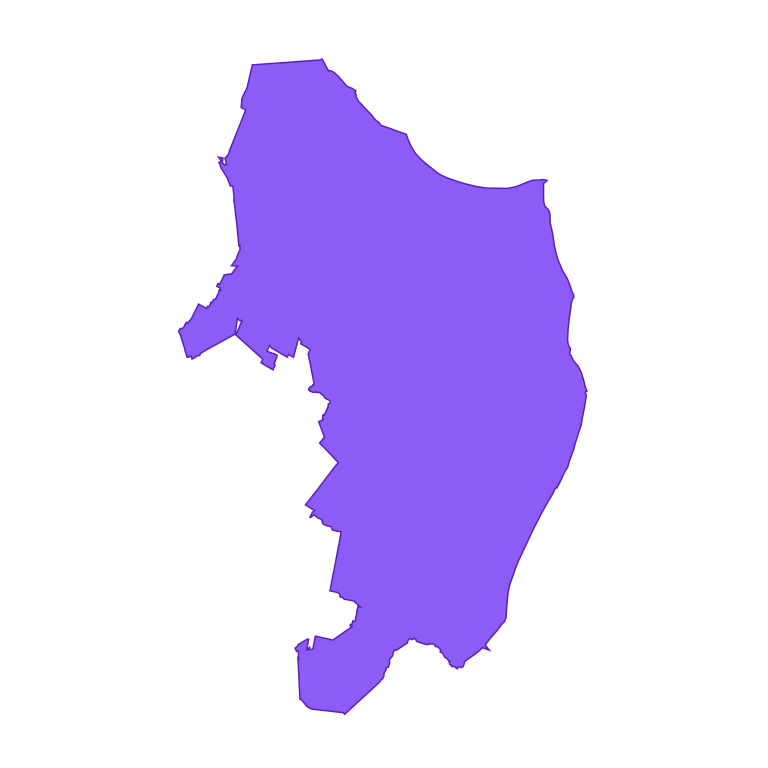 Ahome, Sinaloa, Mexico, rotated 177°
{"feature_id": "50627088B63495042821208", "entity_name": "Ahome", "entity_type": "district", "adm_level": 2, "iso_a3": "MEX", "parent_name": "Mexico", "parent_adm1": "Sinaloa", "projection": "robinson", "projection_center": [-109.057, 25.923], "detail": "fine", "context": "isolated", "style": "filled", "palette": "violet", "viewbox_px": 768, "rotation_deg": 177, "n_neighbors": 0, "source": "geoboundaries", "source_scale": "gbopen_adm2", "svg_char_len": 6103}
<svg xmlns="http://www.w3.org/2000/svg" viewBox="0 0 768 768"><g transform="rotate(177 384 384)"><path d="M473.6,63.2L441.9,57.9L440.6,56.2L440.5,56.3L403.2,87.2L402.5,88.7L400.7,89.7L399.8,91.3L399.4,92.5L399.4,93.9L398.5,96.4L397.1,98.0L396.8,99.2L396.6,100.5L395.7,101.0L394.7,100.9L394.2,101.4L392.9,105.2L393.1,108.8L392.3,109.3L389.5,112.3L389.3,112.7L389.1,114.6L387.6,118.0L386.8,117.9L386.8,117.6L385.6,117.5L374.1,124.2L373.7,126.1L373.3,127.1L372.5,127.4L370.8,128.4L369.6,127.6L369.5,127.3L367.5,128.1L366.2,127.8L365.3,126.9L365.2,125.5L364.9,125.2L356.6,122.0L353.8,121.4L353.1,121.6L352.3,122.7L351.0,121.8L348.5,121.9L347.6,121.6L347.3,120.8L346.8,120.4L346.4,119.2L343.9,118.6L342.3,116.8L341.6,115.6L341.5,114.9L341.9,113.4L340.7,113.1L339.9,112.4L338.9,110.8L337.6,107.8L336.7,107.6L335.8,107.0L334.0,104.2L332.7,103.9L332.8,103.5L333.2,103.3L333.5,103.4L333.6,103.8L333.4,102.0L332.9,101.2L332.9,100.6L332.4,100.4L331.7,99.6L331.1,98.3L330.4,98.5L327.9,97.8L327.0,96.6L325.5,95.9L325.1,97.4L324.7,97.7L324.4,97.8L323.8,97.5L322.6,97.3L321.2,96.8L320.4,97.1L319.8,97.7L319.1,99.0L317.9,102.7L307.1,109.6L302.3,113.0L299.6,115.4L299.1,115.4L292.8,112.7L296.6,118.0L291.4,124.3L283.4,132.5L279.0,138.0L276.1,140.4L274.4,144.1L272.6,159.3L270.9,169.9L269.0,176.7L262.4,193.0L258.2,201.8L242.4,231.3L233.6,246.5L226.2,258.2L220.9,266.1L219.1,269.7L217.6,271.4L216.8,271.2L211.6,280.0L209.7,284.0L207.5,287.8L204.8,291.6L203.1,296.8L197.8,309.3L196.1,314.8L191.9,326.1L189.4,332.0L187.7,339.9L185.4,348.8L182.7,360.9L182.7,362.7L183.5,364.5L183.2,365.8L182.1,365.9L181.6,366.5L182.5,368.5L183.7,372.9L183.8,374.4L186.0,384.0L187.8,388.6L189.3,391.7L194.0,398.2L194.6,400.0L195.2,401.0L195.6,402.6L197.2,404.2L196.3,407.5L196.0,409.6L197.5,412.7L198.1,414.9L198.4,417.8L197.4,428.5L195.5,440.3L193.7,448.7L192.9,454.6L191.2,459.2L190.0,460.5L189.8,462.0L190.2,463.8L190.6,464.3L191.9,467.7L192.2,469.6L194.4,476.8L195.8,480.4L198.8,485.9L200.5,489.8L203.9,499.4L205.6,506.9L206.5,512.2L207.7,525.1L209.6,536.5L209.4,544.0L209.7,546.9L210.0,548.0L211.1,549.9L212.8,551.9L213.9,552.6L215.0,557.7L214.6,568.2L214.1,576.0L212.1,577.5L211.7,577.5L211.1,578.0L210.5,578.8L211.5,578.9L212.7,579.7L213.9,579.8L215.9,579.8L219.1,579.5L223.3,579.8L225.2,579.6L229.3,578.5L238.7,575.1L244.0,573.7L248.7,573.1L251.1,572.9L270.3,574.2L273.5,574.7L281.8,576.5L292.9,579.8L296.9,581.2L308.2,585.7L311.9,587.4L315.4,589.3L317.8,590.8L321.8,594.0L331.7,602.8L335.7,606.9L340.0,612.1L341.7,614.7L343.6,618.3L345.7,622.8L347.5,627.8L348.6,632.1L374.3,642.9L374.7,644.3L375.3,645.2L378.5,648.0L380.0,649.8L380.6,650.9L381.2,651.5L382.7,653.7L389.2,661.1L394.8,668.0L396.9,672.4L397.0,672.9L396.7,673.2L396.9,673.4L396.8,674.8L397.1,674.9L397.5,676.4L397.5,677.4L397.1,677.6L396.8,678.2L397.2,678.8L397.7,678.7L400.2,680.8L402.7,682.0L403.6,682.2L406.3,684.2L408.1,686.9L411.1,690.5L412.7,692.8L416.7,696.9L418.4,698.3L420.2,699.3L421.7,699.8L422.4,700.0L422.8,699.9L422.9,699.6L424.0,701.5L428.7,711.8L431.3,710.9L498.8,709.6L505.1,687.3L510.9,676.7L512.2,667.7L507.8,664.8L525.6,626.1L525.8,626.0L526.5,623.5L527.6,621.2L528.4,620.3L531.0,617.9L529.8,611.3L531.1,611.0L533.5,612.8L533.7,613.2L533.8,613.9L532.9,618.0L535.1,618.8L536.5,618.7L537.3,619.1L534.7,615.0L537.3,613.7L536.6,612.4L535.2,607.8L529.7,598.0L527.2,589.8L524.6,589.6L523.9,577.9L524.4,575.5L523.6,568.6L523.3,560.7L522.9,555.9L521.6,529.4L520.5,529.7L520.8,528.4L520.7,525.8L524.3,518.7L524.4,517.7L524.7,517.0L530.1,510.1L523.9,509.3L526.7,506.7L529.8,502.7L530.7,501.9L536.8,501.5L538.2,501.1L538.0,500.4L538.4,500.1L542.9,492.1L544.4,493.1L545.9,490.4L542.6,488.4L542.7,487.8L543.1,487.0L543.7,486.7L542.7,486.7L542.4,486.2L544.0,485.9L544.1,484.4L544.3,483.8L546.6,480.0L547.2,478.4L547.9,477.7L549.1,477.5L550.0,476.9L552.3,473.7L552.9,474.2L552.9,473.5L553.5,472.2L553.9,472.0L555.1,470.2L556.1,470.9L557.2,468.7L565.0,473.5L573.7,457.9L574.8,457.7L576.4,455.1L578.0,456.1L579.2,453.9L579.5,454.0L581.5,450.3L584.0,450.1L584.6,449.3L585.1,449.4L586.4,447.3L584.6,443.3L583.9,440.1L581.4,430.6L580.8,427.1L579.3,421.4L579.0,421.5L578.9,420.9L575.0,421.8L574.4,419.0L570.9,420.6L570.3,421.3L568.9,421.9L566.6,422.2L566.4,422.4L565.6,424.3L565.5,424.2L557.9,428.2L530.1,441.6L527.0,457.1L524.7,454.8L524.4,454.7L524.1,455.1L523.5,454.8L523.1,455.0L522.5,454.5L529.2,441.2L529.6,441.0L503.8,415.2L505.6,411.7L502.5,409.4L494.1,404.0L493.1,406.1L491.9,407.9L492.0,409.0L492.8,410.2L492.1,411.2L491.4,412.4L490.8,414.2L489.4,417.0L489.3,417.7L489.8,418.8L499.2,422.9L496.4,428.4L495.4,427.4L494.4,425.8L479.3,415.9L477.7,418.5L473.0,415.4L466.9,434.2L464.1,430.5L465.1,428.6L459.5,424.9L455.8,422.2L458.2,418.1L456.3,406.3L456.3,405.2L453.7,387.4L455.0,386.9L454.7,386.2L458.2,384.9L459.6,382.8L459.6,382.0L458.4,381.7L458.3,380.8L457.7,380.4L456.4,380.0L455.4,379.4L453.1,379.5L451.5,379.0L450.7,379.3L448.7,378.7L444.4,374.7L444.2,373.6L443.6,372.9L442.2,372.1L441.5,371.5L440.8,371.5L439.5,370.4L438.9,369.6L438.7,368.7L438.7,367.9L440.2,367.1L440.6,367.1L441.0,364.0L441.3,363.8L445.2,356.2L445.8,356.4L446.5,356.3L446.7,356.1L447.4,351.7L446.7,351.7L446.6,351.2L451.2,349.9L446.3,334.0L451.4,328.4L444.3,320.4L433.8,307.9L438.9,302.3L455.6,282.5L468.8,267.4L460.0,261.4L462.3,259.6L464.9,254.8L464.3,254.6L464.0,254.7L461.1,256.9L460.5,257.0L456.9,253.4L454.4,252.7L452.9,250.7L452.9,249.1L451.9,247.1L450.6,246.7L449.9,245.9L444.4,244.3L443.2,241.0L442.8,240.7L434.6,238.5L437.4,226.1L437.6,226.0L441.6,209.0L448.8,180.3L441.9,178.4L439.6,177.1L439.4,176.8L439.0,173.9L438.4,173.5L436.4,172.9L435.1,171.3L425.5,168.9L419.3,162.3L421.8,162.9L421.9,161.8L422.7,159.7L423.2,157.6L423.1,157.2L425.4,148.3L427.6,149.0L428.6,145.3L430.1,145.7L430.4,144.3L428.6,143.4L447.2,131.8L448.3,131.0L465.8,135.8L468.8,123.5L469.8,122.9L472.3,122.6L472.1,124.9L473.9,123.6L474.8,122.4L475.2,122.4L472.6,133.1L473.6,133.4L483.5,128.2L483.6,127.1L486.6,124.9L485.6,122.3L485.5,121.6L483.6,121.9L483.6,118.9L483.5,118.7L483.7,114.2L484.3,114.9L484.4,73.6L483.7,73.9L477.6,65.8L473.6,63.2Z" fill="#8b5cf6" stroke="#5b21b6" stroke-width="1.5"/></g></svg>